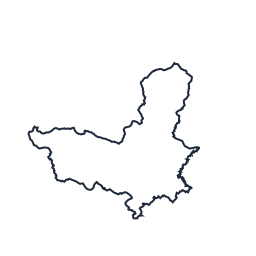 Chawang, Nakhon Si Thammarat, Thailand, rotated 299°
{"feature_id": "78962969B73992602803930", "entity_name": "Chawang", "entity_type": "district", "adm_level": 2, "iso_a3": "THA", "parent_name": "Thailand", "parent_adm1": "Nakhon Si Thammarat", "projection": "albers", "projection_center": [99.536, 8.499], "detail": "fine", "context": "isolated", "style": "outline", "palette": "slate", "viewbox_px": 256, "rotation_deg": 299, "n_neighbors": 0, "source": "geoboundaries", "source_scale": "gbopen_adm2", "svg_char_len": 5841}
<svg xmlns="http://www.w3.org/2000/svg" viewBox="0 0 256 256"><g transform="rotate(299 128 128)"><path d="M204.3,152.6L205.5,152.0L206.3,151.1L205.6,148.8L205.8,147.4L205.4,146.1L206.0,144.6L206.6,144.1L206.9,142.4L207.5,141.8L207.9,140.8L207.9,139.9L206.9,138.6L207.2,137.0L203.0,136.8L200.5,135.5L199.0,133.9L197.3,133.0L195.9,131.4L195.7,128.5L195.1,127.3L191.7,123.7L190.4,123.4L189.9,122.3L185.0,120.9L181.3,120.3L180.8,119.9L180.3,118.6L178.7,118.0L176.1,117.9L174.7,117.1L173.6,117.3L170.5,120.9L169.9,122.0L168.3,122.5L167.4,123.9L165.9,124.3L164.7,125.1L164.4,125.9L163.3,127.2L163.3,128.2L161.6,128.7L159.7,128.5L158.1,130.7L157.8,130.7L157.5,130.1L156.4,130.6L155.5,128.9L154.7,129.2L154.2,128.8L151.9,128.1L150.7,128.4L148.8,128.1L146.1,133.2L144.5,134.8L143.8,136.5L142.8,136.5L141.2,136.0L139.2,137.6L136.9,136.1L137.6,132.9L137.0,129.9L136.3,128.9L134.1,128.9L132.7,129.4L130.2,128.7L126.8,125.1L124.7,125.0L123.1,126.3L122.6,127.3L121.1,128.3L119.7,128.2L117.0,128.8L115.2,128.6L113.9,129.4L112.8,129.1L111.8,128.2L110.0,127.8L109.7,127.3L109.9,125.1L109.3,123.5L109.5,122.8L108.0,120.4L108.3,119.5L107.5,113.0L106.7,111.1L106.4,108.3L105.5,106.0L105.6,102.7L106.2,101.5L106.2,98.9L106.5,98.4L105.9,96.8L105.7,94.1L105.1,93.6L105.0,91.9L104.5,91.5L104.1,91.5L102.7,92.5L101.5,92.4L101.0,91.3L99.8,90.3L99.0,87.7L98.9,85.4L100.1,82.6L101.9,80.5L100.6,78.9L99.0,78.0L98.8,76.3L97.3,74.4L97.3,73.7L96.7,73.0L96.7,72.3L96.0,71.8L94.8,69.7L93.5,68.9L93.2,65.5L92.6,64.4L91.3,63.5L88.9,62.8L86.4,61.3L85.3,60.3L84.6,58.8L82.3,57.0L81.6,54.7L82.3,52.9L81.5,51.2L81.5,50.3L82.2,49.4L84.6,48.8L83.4,46.9L83.4,46.2L83.8,45.7L81.7,45.3L80.4,46.1L79.7,46.2L77.8,45.2L77.1,43.7L75.7,43.5L74.3,44.2L73.6,45.2L70.7,48.0L70.5,49.8L69.2,51.9L67.4,54.0L68.0,56.3L67.3,58.1L67.1,60.0L67.4,60.9L70.0,63.7L71.0,65.5L71.8,67.8L71.5,69.6L70.7,70.3L69.4,72.7L68.5,72.7L67.7,72.2L67.4,72.9L65.9,73.0L63.9,72.3L63.4,73.0L62.6,75.0L63.5,75.4L62.8,77.2L60.9,78.0L60.1,78.7L59.4,80.3L59.6,80.6L59.3,81.3L58.6,81.4L57.8,80.8L56.6,81.0L56.2,83.3L55.1,83.7L55.0,84.4L53.6,84.6L52.8,86.1L52.6,87.3L51.9,88.2L51.3,88.1L51.3,88.6L50.2,89.1L49.4,88.9L49.4,89.6L48.7,90.2L48.1,91.6L48.7,92.7L49.1,95.7L50.0,96.1L49.9,97.4L50.4,98.0L50.3,98.4L52.5,98.9L53.3,99.5L53.6,100.6L54.3,100.6L54.5,101.1L55.2,101.4L56.1,108.7L55.8,112.9L57.7,115.4L56.5,117.8L55.7,118.8L54.9,121.5L54.9,122.7L55.5,124.7L56.4,125.9L58.6,126.7L59.8,126.7L61.2,126.0L63.5,126.1L63.9,126.5L65.5,126.7L65.5,127.6L64.7,129.1L64.9,130.1L64.7,133.3L63.9,133.8L63.4,135.3L63.7,135.8L63.0,135.7L62.9,136.7L63.6,137.3L63.1,138.2L63.3,139.1L63.1,139.9L65.6,141.8L64.8,146.8L64.9,148.8L65.3,149.9L65.0,151.2L66.0,152.2L67.1,152.6L67.6,153.4L67.3,154.2L69.7,155.8L70.8,157.4L70.5,161.6L69.6,164.3L68.9,165.3L68.0,165.2L65.5,163.2L62.3,162.2L61.3,162.0L60.2,162.8L59.4,164.4L59.0,167.4L57.0,167.7L56.9,168.6L57.7,169.9L58.0,171.2L57.5,171.9L57.9,174.6L57.3,175.2L56.9,176.0L55.5,175.4L55.5,174.9L54.1,174.6L52.7,175.6L51.7,176.7L53.6,180.0L54.8,179.6L55.5,179.7L57.2,180.9L58.1,182.4L58.2,180.9L58.8,180.6L60.1,181.0L61.0,180.7L62.7,178.6L63.4,177.2L64.2,177.3L66.6,179.1L68.2,179.4L68.6,179.1L68.7,177.8L69.1,177.7L69.6,178.3L70.1,180.5L71.0,181.4L70.7,183.0L71.1,183.8L73.9,184.1L75.6,185.1L78.3,185.6L79.4,184.0L80.3,184.0L80.6,184.7L80.1,186.0L80.6,187.1L81.5,187.7L83.0,187.7L82.3,190.2L85.6,191.1L85.5,192.0L86.6,192.3L86.4,195.0L86.8,196.9L86.1,198.6L85.2,199.8L85.4,200.8L84.8,203.2L87.9,203.7L88.5,204.1L90.8,204.3L91.3,203.0L95.0,202.1L95.1,203.8L95.9,204.1L97.8,204.2L97.8,204.8L98.6,205.5L100.1,205.7L100.2,207.1L99.9,209.4L100.8,209.5L100.9,211.8L102.1,211.6L102.5,211.2L104.1,211.3L104.7,211.8L106.4,212.5L106.7,211.0L106.1,210.6L105.9,210.7L106.7,208.4L106.4,207.9L106.0,208.0L105.7,207.4L106.0,207.3L105.3,206.6L106.3,206.4L106.3,206.1L106.7,206.1L106.8,205.5L107.1,205.6L107.5,204.8L107.9,204.7L108.0,204.2L107.6,204.2L107.6,203.9L108.3,203.8L107.3,202.6L108.0,203.0L108.4,202.7L109.1,203.1L109.2,202.1L108.6,201.9L108.8,201.3L109.5,201.5L109.8,201.3L109.7,201.7L110.7,201.2L111.3,199.6L110.1,199.3L110.8,198.7L110.8,197.8L111.2,197.1L110.5,196.7L110.3,197.0L109.2,196.7L108.9,196.1L109.7,195.4L110.4,195.8L110.6,194.9L110.9,195.1L111.4,194.9L111.7,195.8L112.1,195.6L113.2,196.3L114.2,194.8L114.9,195.4L114.9,194.1L116.1,194.9L117.3,195.2L117.3,194.1L117.6,193.9L118.1,195.2L119.1,194.8L119.6,195.4L120.4,194.7L121.4,195.1L120.9,194.6L122.0,193.9L122.6,194.4L123.0,194.3L123.4,195.4L124.3,196.1L124.9,195.9L125.6,196.3L126.6,195.8L127.3,196.3L127.5,195.9L128.3,196.1L128.3,195.8L128.0,195.8L128.2,195.5L129.2,195.6L129.2,194.8L129.8,195.6L129.9,194.8L132.1,194.4L133.2,195.0L133.5,196.0L134.3,195.6L135.3,195.7L135.3,196.7L136.0,195.9L136.7,196.1L137.4,195.7L137.9,196.7L138.5,196.4L138.6,197.1L139.6,196.7L139.2,197.7L140.0,197.8L140.6,198.7L141.1,198.7L141.1,199.4L142.0,199.1L142.4,199.4L142.9,199.0L143.0,199.5L143.5,199.8L144.8,199.9L145.2,199.5L144.7,197.5L139.9,191.9L139.8,186.5L140.5,185.1L142.5,182.5L142.9,181.4L142.0,174.6L142.2,174.3L142.1,173.5L142.6,171.8L143.4,172.3L143.7,171.8L144.1,171.9L144.7,170.5L145.1,170.5L145.5,169.4L146.2,169.9L147.0,169.6L147.7,169.6L148.0,170.0L148.5,169.4L149.4,169.4L150.5,169.7L150.8,168.9L152.3,169.5L152.8,169.0L152.7,168.5L153.6,168.3L154.1,168.6L156.1,168.6L156.7,169.3L157.3,169.4L157.4,170.0L158.2,169.9L158.7,169.2L159.4,169.4L159.7,168.7L163.5,166.9L163.3,165.7L163.9,163.9L164.6,163.0L165.2,162.8L166.3,163.1L166.7,163.5L168.0,164.0L169.7,165.7L171.0,165.3L171.5,166.4L172.9,165.9L175.2,166.5L176.1,166.0L176.4,165.2L179.0,163.6L180.6,163.8L181.8,164.7L186.2,165.1L187.8,163.4L189.4,163.1L191.5,162.1L192.5,162.3L193.1,161.5L194.4,161.1L195.1,160.1L195.9,160.0L196.3,159.5L198.9,160.3L199.6,160.2L199.9,160.5L203.5,159.3L203.9,158.2L203.9,156.4L204.2,156.0L204.3,152.6Z" fill="none" stroke="#1e293b" stroke-width="2"/></g></svg>